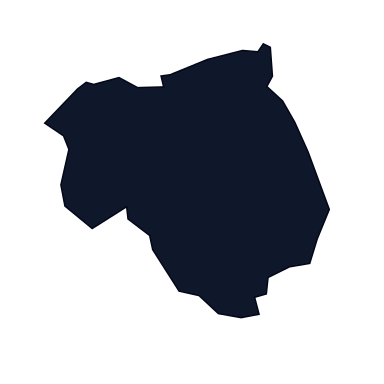 outline of Grundy, Tennessee, United States of America, rotated 72°
{"feature_id": "52423323B63648176328273", "entity_name": "Grundy", "entity_type": "district", "adm_level": 2, "iso_a3": "USA", "parent_name": "United States of America", "parent_adm1": "Tennessee", "projection": "natural_earth1", "projection_center": [-85.737, 35.373], "detail": "fine", "context": "isolated", "style": "filled", "palette": "ink", "viewbox_px": 384, "rotation_deg": 72, "n_neighbors": 0, "source": "geoboundaries", "source_scale": "gbopen_adm2", "svg_char_len": 636}
<svg xmlns="http://www.w3.org/2000/svg" viewBox="0 0 384 384"><g transform="rotate(72 192 192)"><path d="M55.0,258.7L58.6,269.0L81.0,310.8L98.9,296.8L113.4,295.9L144.7,314.5L166.1,317.2L195.9,298.2L185.8,258.7L197.9,261.2L220.3,245.7L234.7,247.2L282.3,234.9L292.7,217.3L315.8,204.5L326.7,184.1L329.0,166.0L311.5,165.0L311.9,152.8L296.8,146.1L293.3,122.4L296.3,102.1L275.2,87.3L251.0,66.8L189.7,69.2L157.4,72.7L133.4,77.7L114.8,88.2L106.7,79.7L78.6,72.8L73.1,78.4L79.0,86.0L73.0,100.2L70.7,136.2L73.7,176.6L72.1,185.6L83.3,186.5L75.9,211.5L60.6,226.1L59.3,252.3L55.0,258.7Z" fill="#0f172a" stroke="#020617" stroke-width="1.5"/></g></svg>